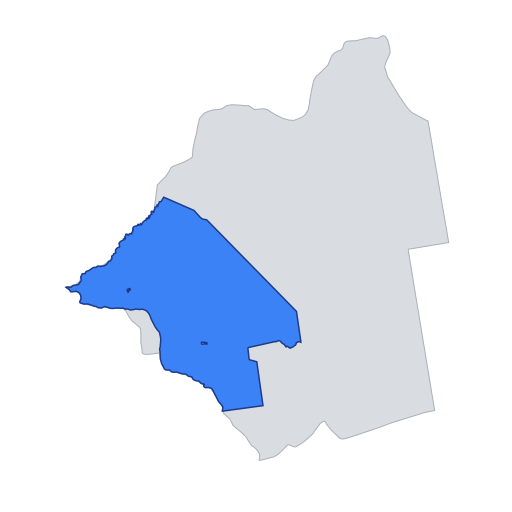 where Central sits in Botswana, rotated 173°
{"feature_id": "BWA-2630", "entity_name": "Central", "entity_type": "District", "adm_level": 1, "iso_a3": "BWA", "parent_name": "Botswana", "parent_adm1": "", "projection": "albers", "projection_center": [27.183, -21.474], "detail": "fine", "context": "in_parent", "style": "filled", "palette": "blue", "viewbox_px": 512, "rotation_deg": 173, "n_neighbors": 0, "source": "natural_earth", "source_scale": "10m", "svg_char_len": 7917}
<svg xmlns="http://www.w3.org/2000/svg" viewBox="0 0 512 512"><g transform="rotate(173 256 256)"><path d="M277.9,53.0L277.1,55.2L276.5,58.4L277.3,60.7L279.0,63.9L281.5,66.7L283.4,68.3L285.6,72.4L287.9,77.6L290.9,81.5L299.5,90.7L300.5,93.9L301.7,97.2L307.1,103.4L307.9,105.5L307.6,109.8L313.2,122.5L316.9,130.0L319.9,131.3L329.7,139.2L338.3,145.6L348.2,149.9L355.5,152.7L359.1,154.8L360.9,156.8L362.4,160.6L363.1,167.3L363.4,171.6L371.2,171.4L377.7,171.8L379.9,172.7L380.8,173.9L380.6,176.7L380.7,181.0L380.9,184.4L380.3,188.0L379.8,192.3L379.5,197.6L380.5,199.7L386.7,206.4L389.3,210.7L392.0,217.3L393.6,219.4L394.9,220.2L400.5,221.0L414.9,223.9L423.8,226.4L430.9,229.1L433.8,229.8L435.2,230.5L435.7,231.2L434.7,236.9L435.0,238.7L435.8,240.4L437.0,241.7L438.4,242.5L443.8,243.2L446.9,246.7L448.9,248.3L439.3,249.1L434.5,251.9L431.6,257.0L427.2,260.8L421.3,263.2L415.0,264.8L408.4,265.6L401.4,270.0L393.9,278.0L390.0,283.0L389.9,285.1L388.2,286.8L385.0,288.3L383.2,290.1L382.8,292.3L381.1,293.3L378.1,293.2L376.0,294.7L374.8,297.9L372.2,299.8L368.1,300.5L364.6,302.3L361.7,305.2L359.4,306.7L357.8,306.8L355.4,309.1L351.4,314.8L350.7,317.4L345.2,338.6L342.2,341.1L336.5,345.4L331.8,350.7L329.8,353.8L327.6,355.1L316.8,357.8L312.9,359.2L308.0,361.2L306.8,363.0L305.7,369.5L302.5,378.9L299.8,385.9L298.1,391.9L295.2,399.4L292.6,401.9L289.6,404.2L285.7,405.4L280.4,406.2L275.6,406.0L271.8,406.2L266.7,408.9L261.8,409.1L254.1,407.8L247.8,406.4L245.0,406.1L239.4,401.4L235.9,401.5L230.5,401.2L227.4,400.2L224.5,397.8L218.3,393.0L212.2,389.2L206.8,386.9L201.9,386.0L197.2,387.1L193.5,388.2L192.1,388.8L189.3,390.9L186.5,394.8L184.3,401.0L183.5,404.7L181.0,412.7L177.7,422.3L176.1,425.0L174.2,427.1L171.2,429.0L161.3,436.8L156.5,445.4L153.4,448.0L149.6,449.3L146.4,450.1L144.7,451.6L142.8,455.9L141.2,457.5L139.2,458.1L133.5,457.8L131.6,457.5L116.4,458.9L111.7,457.7L108.4,457.3L103.2,459.3L101.0,458.2L99.1,454.7L98.0,447.6L98.0,441.6L100.6,436.9L102.9,433.4L105.0,428.9L105.2,427.0L104.7,425.2L104.1,421.6L103.7,418.0L100.0,410.0L95.5,399.5L89.5,387.8L87.7,384.6L84.0,379.5L70.8,370.2L68.8,369.0L68.8,367.9L68.3,358.3L67.7,345.6L67.2,332.9L66.6,320.2L66.0,307.5L65.4,294.8L64.8,282.1L64.2,269.4L63.6,256.7L63.1,245.9L72.4,245.5L84.0,245.0L97.8,244.4L103.9,244.2L104.2,242.5L103.8,234.6L103.1,216.5L102.4,198.4L101.6,180.3L100.9,162.2L100.1,144.1L99.4,126.0L98.6,107.9L97.9,89.9L97.5,80.9L108.4,80.0L120.9,77.7L141.1,74.0L159.9,69.7L172.2,67.2L186.8,64.3L191.8,63.7L193.2,64.0L195.2,64.9L202.2,73.7L206.6,80.5L207.5,83.4L208.4,83.7L210.3,83.2L212.6,82.0L219.3,75.0L220.7,73.2L225.1,69.8L230.3,66.3L235.1,63.8L240.0,61.7L242.2,62.2L244.9,63.9L247.3,64.9L258.2,56.4L263.1,54.4L276.1,52.7L277.9,53.0Z" fill="#d9dde1" stroke="#a8b0b8" stroke-width="1"/><path d="M308.3,106.1L308.2,107.1L307.5,108.8L307.4,109.7L307.5,110.7L307.9,111.6L308.9,113.3L310.2,115.0L311.2,116.9L315.3,128.3L316.3,129.9L318.0,130.9L319.9,131.4L322.1,131.4L322.5,131.7L323.0,132.0L323.3,132.3L323.7,132.9L323.8,133.2L323.5,134.2L323.2,134.7L322.9,134.9L323.4,135.3L323.8,135.4L325.0,135.7L326.0,136.2L327.2,137.9L327.9,138.7L328.7,139.0L330.4,139.4L331.2,139.7L332.9,140.8L333.6,141.5L333.9,142.4L334.2,143.4L334.8,144.0L335.6,144.3L337.5,144.8L338.1,145.2L338.2,145.3L338.5,145.7L339.1,146.5L339.8,147.1L340.5,147.5L341.3,147.7L342.3,147.7L343.8,148.0L348.6,150.4L350.1,150.6L351.5,150.6L352.8,150.8L354.2,151.5L354.6,152.0L355.3,153.0L355.8,153.4L356.3,153.6L356.7,153.6L357.1,153.6L357.6,153.6L358.5,153.7L359.4,154.0L360.1,154.4L360.7,155.2L362.8,160.7L363.5,165.9L362.9,172.3L363.0,175.3L362.1,177.8L361.3,181.6L360.7,184.7L360.7,187.8L361.2,192.2L363.0,194.8L364.5,197.6L366.2,202.0L367.7,206.1L368.6,210.1L370.0,213.0L372.0,215.5L375.3,217.1L378.2,217.1L381.7,218.0L384.3,217.7L387.2,217.7L389.6,219.0L392.6,219.3L393.1,219.8L393.7,220.2L394.4,220.5L396.8,220.6L399.9,221.3L404.8,221.4L406.3,221.7L407.9,222.2L411.3,224.0L412.2,224.2L412.9,224.1L413.5,223.9L415.0,223.5L415.4,223.3L415.9,223.2L417.2,223.6L418.4,223.7L419.0,223.9L420.6,225.2L422.4,225.8L428.5,228.7L429.7,229.0L432.2,229.2L433.4,229.5L434.1,230.0L435.8,230.6L436.4,231.1L436.5,232.0L436.0,233.0L435.3,234.1L434.9,235.0L434.7,236.9L435.0,238.8L435.7,240.5L436.9,241.8L438.5,242.7L440.0,242.9L443.9,242.9L444.1,243.0L444.5,243.5L444.7,243.9L445.0,244.8L445.2,245.2L448.3,248.0L447.6,248.3L446.4,248.1L444.2,247.6L443.1,247.7L442.3,248.3L441.6,248.8L440.9,249.1L435.9,249.3L435.5,249.5L434.7,250.7L434.7,250.9L434.0,251.2L433.2,252.0L432.3,253.3L432.5,256.4L432.4,256.9L431.9,257.3L431.0,259.1L430.2,259.6L428.5,259.4L427.5,259.4L427.1,260.0L426.9,260.9L426.3,261.3L425.5,261.6L424.6,261.7L422.8,262.2L419.8,263.9L418.4,264.4L417.3,264.3L416.5,264.2L415.7,264.3L414.9,265.1L414.2,265.3L411.6,264.6L408.2,264.8L406.7,265.2L405.2,266.1L404.5,266.6L403.0,268.4L402.6,268.6L401.6,268.7L401.2,268.8L400.8,269.0L399.5,270.7L399.3,271.1L399.2,271.7L399.3,272.2L399.4,272.6L399.4,272.9L399.1,273.5L398.7,273.8L398.3,274.0L397.9,274.1L397.6,274.3L397.4,274.5L397.1,275.2L397.0,275.5L396.4,275.7L395.4,276.0L394.7,276.3L394.6,276.8L394.9,277.8L394.8,278.8L394.2,279.7L393.6,280.3L393.1,280.7L392.3,281.1L391.4,281.4L390.6,281.5L390.2,282.0L390.2,283.0L390.5,284.9L389.8,286.1L388.4,287.1L386.7,287.8L385.2,288.2L385.4,289.0L384.8,289.2L383.9,289.2L383.5,289.1L383.4,289.4L383.5,289.8L383.6,290.1L383.7,290.3L383.8,290.4L384.0,290.6L384.1,290.8L383.9,290.9L383.5,291.2L383.4,291.2L382.8,292.9L382.6,293.3L382.0,293.6L381.5,293.4L380.4,292.1L378.7,293.4L378.3,293.6L377.7,293.4L377.1,293.1L376.7,293.1L376.3,294.4L375.5,295.2L375.4,295.9L375.3,296.1L375.2,296.4L375.1,296.6L374.9,296.7L374.8,296.8L374.9,297.1L375.0,297.4L375.1,297.7L374.8,298.7L374.2,299.5L373.4,300.1L372.5,300.3L370.8,300.4L370.3,300.6L369.9,301.0L369.6,301.5L369.2,301.8L368.6,301.5L368.9,300.9L368.6,300.8L368.0,301.0L367.5,301.2L367.4,301.5L367.0,302.0L366.6,302.2L366.1,300.9L365.5,301.3L364.6,302.9L363.9,303.5L363.2,304.1L361.6,304.9L360.1,305.3L359.7,305.8L360.2,306.7L359.8,306.9L359.5,306.9L359.2,306.7L358.9,306.4L358.8,306.6L358.5,307.0L358.3,307.3L357.9,306.9L357.5,306.7L357.1,306.8L356.9,307.1L357.1,307.7L357.4,308.0L357.6,308.3L357.4,308.8L356.9,308.5L356.5,308.5L356.1,308.9L355.8,309.4L356.1,309.4L355.3,309.9L355.1,310.2L354.9,310.6L354.7,310.4L354.4,310.3L354.5,311.2L354.7,312.0L354.7,312.6L354.1,313.1L353.4,313.0L353.1,312.5L352.9,312.0L352.4,311.8L352.1,312.1L351.3,314.0L350.6,315.4L350.3,316.2L350.4,316.6L350.2,316.7L349.4,316.8L348.9,317.2L348.0,318.5L347.9,318.3L347.5,317.8L347.4,317.6L347.1,318.4L346.7,319.1L345.8,320.4L345.6,320.7L345.4,321.4L345.2,321.6L344.9,321.6L344.1,321.5L343.8,321.6L342.8,322.6L340.9,325.0L340.7,325.3L340.4,325.6L312.0,308.8L306.5,301.0L304.6,299.2L301.0,298.1L300.5,297.8L300.2,297.5L288.1,281.7L222.6,196.1L221.9,165.8L222.0,164.9L223.1,165.6L223.7,165.8L224.1,165.7L226.7,165.0L226.8,164.8L226.7,164.5L226.7,164.2L227.6,162.9L227.9,162.6L228.3,162.5L228.8,162.3L229.3,162.1L230.0,161.4L230.4,161.2L232.0,160.9L232.5,160.6L232.9,160.4L233.3,160.4L233.9,160.7L234.4,161.1L235.5,162.3L236.3,162.6L236.9,162.2L237.4,162.2L238.6,164.5L239.2,165.1L240.8,166.4L242.0,168.1L242.7,168.9L243.7,169.2L244.5,169.1L246.0,168.6L246.9,168.6L247.5,168.6L247.9,168.7L274.5,166.1L275.0,165.9L275.2,165.5L275.3,164.9L275.4,154.6L275.3,154.1L275.1,153.8L268.2,151.0L268.1,150.9L267.3,106.6L267.7,106.6L308.3,106.1L308.3,106.1ZM318.3,175.2L316.1,174.7L315.4,174.6L315.2,175.7L316.3,176.2L318.5,176.8L320.7,177.0L320.8,175.3L319.9,174.9L318.9,175.1L318.3,175.2ZM386.5,239.0L386.8,238.9L387.2,238.6L387.7,238.4L387.9,238.0L388.0,237.6L388.1,237.4L387.7,237.0L387.7,236.6L387.8,236.3L387.6,235.8L387.4,235.6L387.0,235.8L386.8,236.2L386.8,236.5L386.5,236.9L386.5,237.3L386.0,237.5L385.8,237.5L385.5,237.4L385.0,237.6L385.0,237.8L385.1,238.0L385.0,238.5L385.1,238.8L385.1,239.0L385.6,238.9L385.9,238.7L386.2,238.7L386.5,239.0Z" fill="#3b82f6" stroke="#1e3a8a" stroke-width="1.5"/></g></svg>